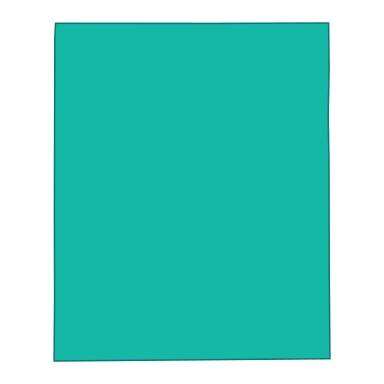 Price, Wisconsin, United States of America
{"feature_id": "52423323B96730410182641", "entity_name": "Price", "entity_type": "district", "adm_level": 2, "iso_a3": "USA", "parent_name": "United States of America", "parent_adm1": "Wisconsin", "projection": "equal_earth", "projection_center": [-90.356, 45.68], "detail": "fine", "context": "isolated", "style": "filled", "palette": "teal", "viewbox_px": 384, "rotation_deg": 0, "n_neighbors": 0, "source": "geoboundaries", "source_scale": "gbopen_adm2", "svg_char_len": 277}
<svg xmlns="http://www.w3.org/2000/svg" viewBox="0 0 384 384"><path d="M54.1,361.0L329.9,358.7L329.2,261.6L329.0,163.5L328.2,114.7L329.1,70.3L328.6,23.0L217.2,23.4L55.5,23.3L54.8,39.1L54.4,215.0L54.6,296.1L54.1,361.0Z" fill="#14b8a6" stroke="#0f766e" stroke-width="1.5"/></svg>